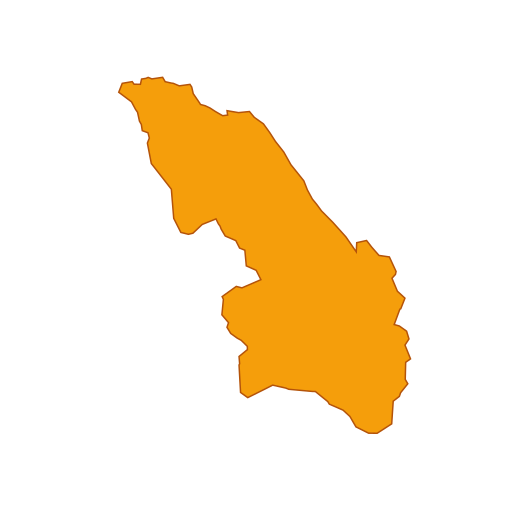 Oruk Anam, Akwa Ibom, Nigeria, rotated 292°
{"feature_id": "59680162B34726688570577", "entity_name": "Oruk Anam", "entity_type": "district", "adm_level": 2, "iso_a3": "NGA", "parent_name": "Nigeria", "parent_adm1": "Akwa Ibom", "projection": "natural_earth1", "projection_center": [7.671, 4.827], "detail": "fine", "context": "isolated", "style": "filled", "palette": "amber", "viewbox_px": 512, "rotation_deg": 292, "n_neighbors": 0, "source": "geoboundaries", "source_scale": "gbopen_adm2", "svg_char_len": 1669}
<svg xmlns="http://www.w3.org/2000/svg" viewBox="0 0 512 512"><g transform="rotate(292 256 256)"><path d="M356.4,67.4L352.3,82.8L346.8,89.4L344.9,92.3L337.4,97.4L335.0,100.4L329.6,103.6L329.8,109.7L325.4,112.9L320.0,113.0L302.5,124.3L300.8,127.3L286.2,152.5L260.1,165.6L249.7,177.5L250.8,185.2L253.5,189.0L265.1,194.3L275.4,205.0L271.7,209.1L270.2,211.5L267.9,213.6L263.0,220.0L262.7,231.5L257.2,237.8L257.2,243.5L243.2,250.7L242.8,261.5L235.9,269.4L221.2,254.9L220.4,249.1L205.7,239.8L203.6,242.0L188.7,246.4L183.9,255.5L179.0,255.8L174.7,261.6L172.8,269.4L172.3,273.8L169.0,281.8L166.0,283.1L156.5,277.9L149.9,281.2L148.6,281.1L127.3,291.1L123.7,292.8L121.6,301.4L136.4,314.5L142.5,319.8L144.7,333.1L144.7,336.3L151.6,359.2L152.6,361.8L147.9,377.1L146.1,379.5L145.7,394.4L142.4,403.2L135.0,412.7L133.9,426.7L137.0,434.7L151.2,444.7L172.8,437.6L179.5,441.5L183.4,441.3L194.4,444.6L197.5,440.6L213.5,434.6L218.5,437.8L229.2,427.5L236.4,428.9L242.7,423.8L244.8,415.1L244.2,409.8L260.6,409.3L261.3,410.0L272.7,409.9L276.3,400.3L286.3,390.4L291.1,392.2L294.1,391.7L305.1,380.0L302.6,369.8L307.6,359.9L311.8,352.7L306.1,344.4L297.4,347.4L307.4,332.2L316.0,314.6L322.3,299.9L326.5,293.1L329.9,286.9L336.5,278.9L343.6,272.2L353.7,254.2L362.8,242.8L369.5,231.1L375.5,222.6L381.3,213.4L383.9,202.5L387.5,195.8L382.4,186.1L379.9,174.7L376.0,176.9L373.6,172.5L374.8,164.0L376.0,157.9L376.3,152.6L375.7,147.8L376.8,146.3L383.0,137.0L388.6,133.1L390.4,130.5L385.0,121.1L385.1,114.7L384.6,112.6L383.6,106.5L386.7,102.5L381.2,93.1L381.2,89.1L379.5,87.4L377.2,83.6L371.9,84.5L369.6,78.6L371.3,75.9L366.0,67.3L356.4,67.4Z" fill="#f59e0b" stroke="#b45309" stroke-width="1.5"/></g></svg>